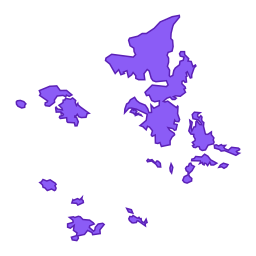 the district of Tongyeong-si, South Gyeongsang, South Korea
{"feature_id": "91817680B95262291256995", "entity_name": "Tongyeong-si", "entity_type": "district", "adm_level": 2, "iso_a3": "KOR", "parent_name": "South Korea", "parent_adm1": "South Gyeongsang", "projection": "mercator", "projection_center": [128.349, 34.792], "detail": "fine", "context": "isolated", "style": "filled", "palette": "violet", "viewbox_px": 256, "rotation_deg": 0, "n_neighbors": 0, "source": "geoboundaries", "source_scale": "gbopen_adm2", "svg_char_len": 5870}
<svg xmlns="http://www.w3.org/2000/svg" viewBox="0 0 256 256"><path d="M172.2,16.7L160.2,21.9L154.2,28.3L146.4,33.5L142.2,33.5L137.8,36.2L129.6,38.2L128.6,40.2L130.1,45.7L133.8,48.1L134.1,51.6L135.6,54.6L133.3,57.1L111.7,54.3L106.0,58.1L105.5,60.5L109.8,64.0L115.2,73.5L118.7,69.7L120.9,74.7L124.4,73.5L123.4,72.2L126.9,70.7L128.4,77.2L131.6,74.9L133.1,72.5L135.8,75.7L135.8,78.4L138.6,79.7L144.8,79.7L144.0,73.7L147.2,69.5L149.2,71.0L151.2,78.2L153.0,80.7L155.9,81.7L166.4,80.7L168.1,84.9L166.4,86.6L152.2,85.1L145.0,92.3L146.5,95.6L149.2,95.1L151.7,100.5L154.7,101.8L159.4,100.8L159.2,105.5L153.9,108.2L151.0,105.0L151.5,112.4L149.0,112.7L147.7,108.7L145.3,105.2L139.5,102.8L136.6,100.5L134.6,97.3L130.4,99.8L128.6,102.8L126.6,104.0L124.9,109.0L124.6,112.9L128.9,108.2L131.1,108.0L136.6,109.2L147.2,114.2L146.2,120.4L140.0,125.6L142.8,126.6L146.2,129.8L147.5,126.3L149.5,127.1L152.5,130.8L151.2,135.0L152.2,136.3L155.2,135.0L155.4,143.0L157.9,143.5L159.9,142.5L161.4,146.5L170.1,144.7L170.1,140.7L172.1,137.0L174.6,134.8L174.2,133.3L169.6,130.1L168.0,127.6L172.8,128.6L174.5,130.3L176.0,129.8L177.2,124.6L173.9,123.8L174.7,120.1L175.7,121.4L178.7,121.7L179.6,119.5L177.6,113.8L178.0,106.5L177.6,106.0L176.4,107.6L167.7,101.1L165.0,102.0L163.3,101.4L166.9,98.2L170.1,97.1L172.3,99.5L174.9,99.5L176.3,98.2L173.6,96.6L175.7,95.8L180.3,96.3L185.5,92.3L183.9,89.1L185.5,88.5L185.2,87.1L181.9,83.7L182.0,81.4L183.6,80.7L185.0,82.3L186.5,82.0L186.0,76.8L187.1,76.1L186.1,72.8L187.3,71.7L190.3,78.0L191.7,77.6L191.7,74.8L194.2,67.7L195.9,66.0L195.4,65.0L192.9,66.5L191.2,61.5L188.0,61.0L188.7,58.6L184.7,54.6L184.5,51.6L180.8,51.6L179.5,53.8L180.3,56.1L184.0,57.1L183.2,60.3L180.0,61.3L179.5,64.8L175.3,68.0L173.8,70.5L172.8,75.4L170.3,76.7L169.3,75.7L169.6,70.2L167.4,66.3L168.6,62.3L168.6,58.1L167.1,55.3L168.1,52.4L172.1,51.1L173.1,46.6L172.6,40.4L170.8,38.5L171.1,33.2L172.8,26.3L173.6,24.3L179.5,17.1L179.3,15.4L172.2,16.7ZM194.4,112.2L192.2,114.6L193.0,118.7L198.1,119.8L201.2,123.3L201.6,124.7L199.8,124.6L196.8,120.9L196.0,121.6L195.5,126.7L193.9,127.0L191.9,130.9L191.2,128.2L192.2,122.2L189.8,120.3L190.4,124.7L188.8,130.9L190.9,134.1L193.8,134.4L193.6,136.3L195.2,139.0L195.0,140.6L192.3,142.4L194.2,144.8L192.5,145.7L193.6,147.3L195.7,147.6L197.1,146.5L199.2,146.7L200.0,149.2L202.3,150.5L205.5,149.9L208.1,145.2L213.3,143.8L214.1,142.1L213.2,140.0L213.9,137.9L211.4,134.8L211.4,131.9L207.9,134.3L205.8,134.3L205.2,133.3L203.5,126.2L203.8,122.5L202.2,121.4L201.6,119.3L202.0,117.1L200.8,115.7L199.0,117.9L197.6,116.2L197.7,114.4L200.1,112.7L194.4,112.2ZM75.7,100.5L72.6,97.9L70.5,99.3L65.5,98.4L64.8,100.0L63.2,100.1L63.0,102.6L58.9,105.3L62.0,108.3L62.4,109.9L57.6,109.0L56.1,107.1L55.6,107.8L56.2,112.1L60.8,112.0L61.2,114.0L61.7,112.8L63.4,114.3L62.8,115.5L59.8,116.2L59.4,117.4L60.3,118.5L66.6,117.7L67.0,121.6L67.8,122.4L74.3,122.8L75.1,125.9L77.0,125.8L78.3,121.8L76.6,117.6L74.7,117.1L74.9,115.9L76.2,115.9L77.3,114.3L78.7,116.7L81.2,117.6L86.0,117.3L87.1,113.7L89.1,113.3L80.3,106.9L78.1,104.9L77.8,103.4L76.4,105.5L75.2,102.4L75.7,100.5ZM80.3,216.8L78.4,216.3L74.8,217.5L73.4,216.8L69.4,217.4L72.8,220.1L73.1,221.6L72.9,222.4L67.6,223.9L67.6,227.2L70.3,228.2L74.2,225.4L73.4,230.3L77.0,232.9L76.4,235.7L71.4,237.2L72.3,239.9L76.8,240.6L78.4,238.3L77.8,235.9L84.5,234.4L87.6,230.4L92.0,232.6L92.7,234.7L100.2,233.6L99.9,229.8L104.2,224.5L102.7,223.3L98.2,224.0L95.3,227.3L94.8,230.0L93.6,231.2L89.3,227.4L89.7,225.8L94.2,224.0L93.3,222.8L89.6,220.1L82.9,219.5L80.3,216.8ZM60.2,90.5L56.8,85.9L49.7,86.3L39.3,90.6L40.6,93.9L39.6,95.4L47.7,101.0L47.0,102.2L45.3,102.7L45.0,104.8L45.7,105.7L49.5,106.2L54.6,102.3L54.4,100.0L57.2,96.0L63.1,95.4L65.8,96.8L66.4,95.1L69.3,96.4L71.9,94.9L66.5,90.4L60.2,90.5ZM207.9,156.2L204.6,154.2L201.6,157.0L195.7,156.5L194.2,158.5L191.8,159.2L191.6,160.7L200.3,160.9L200.6,162.0L199.7,163.5L202.2,162.5L202.8,164.3L204.1,164.9L204.4,163.2L205.9,163.5L207.6,165.6L209.8,162.2L211.0,165.0L213.7,165.0L216.8,163.2L210.6,159.8L207.9,156.2ZM46.8,181.0L43.0,179.5L41.3,181.9L39.8,182.5L42.4,184.8L43.1,187.4L44.7,187.7L47.3,190.5L51.6,189.0L54.4,190.6L55.5,189.9L56.1,188.1L54.9,185.6L56.1,184.4L55.3,183.2L50.1,179.8L46.8,181.0ZM221.3,144.6L218.6,145.9L216.3,144.8L214.3,145.2L214.6,148.1L219.4,149.5L221.1,151.1L224.6,150.6L235.9,155.3L239.4,153.2L237.3,152.7L236.4,151.4L239.4,149.9L239.7,149.2L238.4,148.1L231.6,147.3L228.3,150.2L224.8,148.7L223.8,147.3L225.5,145.4L222.4,145.6L221.3,144.6ZM187.1,183.1L191.6,181.0L191.8,178.5L189.4,176.4L188.6,173.9L192.0,170.7L194.4,166.5L191.6,165.0L190.8,163.1L189.4,163.5L188.4,166.2L186.7,166.6L185.5,168.4L186.3,170.8L187.9,171.7L188.2,174.7L184.2,176.7L182.7,180.3L184.3,182.3L187.1,183.1ZM136.7,217.8L133.0,215.5L132.2,216.7L129.8,216.5L128.8,218.8L129.5,220.5L132.0,222.8L133.6,222.9L136.3,222.5L137.1,220.9L138.2,220.9L145.4,225.9L145.1,223.5L147.1,222.5L146.1,219.2L144.4,222.2L142.9,222.2L141.4,220.8L141.1,218.6L140.1,218.8L139.0,217.3L138.1,218.2L136.7,217.8ZM23.8,101.6L20.3,100.4L17.2,100.8L16.3,101.9L16.5,104.2L17.9,106.2L21.7,108.0L24.7,107.3L24.8,105.2L25.9,103.9L23.8,101.6ZM81.7,199.4L82.1,197.3L79.9,199.8L77.5,198.6L73.5,200.3L72.9,199.7L71.8,203.0L76.6,203.3L77.8,205.1L83.4,202.6L83.1,200.6L81.7,199.4ZM148.1,159.2L146.9,160.7L147.6,161.8L151.6,161.0L155.9,164.2L157.8,166.9L160.7,167.0L160.3,163.3L158.4,161.4L157.0,160.9L155.6,162.5L154.6,162.4L152.0,159.6L149.7,160.2L148.1,159.2ZM226.6,166.8L228.0,164.6L223.4,163.2L220.4,165.0L218.9,167.3L221.6,166.8L224.0,168.3L226.6,166.8ZM133.4,110.3L133.2,109.3L131.9,109.5L130.2,112.0L133.3,113.1L135.1,114.5L135.3,115.6L138.3,114.4L141.6,115.7L140.8,114.5L138.5,114.1L138.6,113.2L135.1,113.9L136.8,111.3L134.8,109.7L133.4,110.3ZM131.4,209.7L126.7,208.4L128.5,211.9L132.8,213.1L131.4,209.7ZM171.6,173.0L172.8,167.3L171.1,163.8L169.9,168.0L170.3,171.1L171.6,173.0Z" fill="#8b5cf6" stroke="#5b21b6" stroke-width="1.5"/></svg>